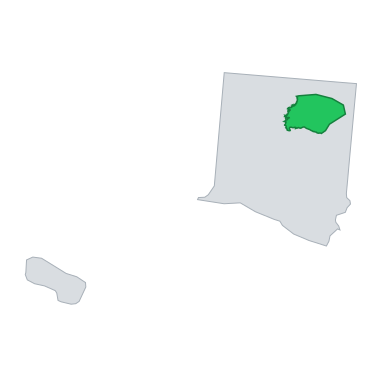 Aconibe, Wele-Nzás, Equatorial Guinea (highlighted), rotated 275°
{"feature_id": "11065452B89932418637458", "entity_name": "Aconibe", "entity_type": "district", "adm_level": 2, "iso_a3": "GNQ", "parent_name": "Equatorial Guinea", "parent_adm1": "Wele-Nzás", "projection": "equal_earth", "projection_center": [10.91, 1.339], "detail": "fine", "context": "in_parent", "style": "filled", "palette": "green", "viewbox_px": 384, "rotation_deg": 275, "n_neighbors": 0, "source": "geoboundaries", "source_scale": "gbopen_adm2", "svg_char_len": 5333}
<svg xmlns="http://www.w3.org/2000/svg" viewBox="0 0 384 384"><g transform="rotate(275 192 192)"><path d="M313.7,213.7L313.8,240.0L313.9,262.3L314.0,286.3L314.1,311.4L314.2,332.7L314.3,346.4L297.0,346.3L274.1,346.2L251.2,346.1L228.2,346.0L216.7,346.0L204.0,345.9L199.9,346.6L197.1,350.1L193.8,350.9L189.9,347.9L185.1,346.5L183.8,343.5L181.4,337.9L176.7,337.3L174.4,337.9L170.9,341.1L167.1,342.7L167.9,340.2L160.3,333.3L154.9,332.7L149.9,330.6L153.9,312.7L159.0,296.9L166.6,285.0L170.6,282.1L171.9,276.2L177.9,256.8L185.4,241.0L183.1,225.0L184.9,198.2L187.0,198.9L187.4,201.5L187.9,205.2L190.7,208.5L200.0,213.7L227.5,213.7L244.0,213.7L268.3,213.7L294.1,213.7L313.7,213.7ZM95.2,33.1L97.3,33.5L109.9,33.1L113.3,39.1L112.9,47.9L99.9,73.7L97.5,84.6L92.5,93.8L88.1,94.5L73.2,89.1L70.6,85.9L69.7,81.4L71.2,71.2L72.3,68.0L79.5,66.1L81.8,64.4L85.6,53.3L86.9,43.2L90.1,35.6L95.2,33.1Z" fill="#d9dde1" stroke="#a8b0b8" stroke-width="1"/><path d="M262.5,281.1L262.3,281.2L262.1,281.3L261.9,281.5L261.8,281.9L261.8,282.0L261.6,282.7L261.6,284.2L262.0,284.5L262.4,284.3L262.8,284.0L263.2,283.8L263.8,283.5L264.2,283.5L264.7,283.7L265.1,284.1L265.1,284.6L265.2,285.3L265.1,285.7L264.9,286.4L264.9,287.0L265.0,287.5L265.2,288.1L265.4,288.6L265.4,289.4L264.2,289.5L264.3,289.8L264.5,290.0L264.6,290.4L264.7,290.5L264.8,290.5L265.0,290.9L265.1,291.0L265.0,291.4L264.9,291.5L265.0,291.7L265.1,291.9L265.3,292.1L265.3,292.3L265.5,292.4L265.4,292.8L265.1,293.6L265.1,294.1L265.0,294.4L265.1,294.6L265.2,295.1L265.4,295.2L265.5,295.3L265.5,295.6L265.8,296.0L266.0,296.3L266.2,296.6L266.3,297.0L266.4,297.3L266.6,298.1L266.5,298.6L266.2,298.9L265.9,299.4L265.7,299.8L265.5,300.2L265.3,300.6L265.2,301.0L265.0,301.9L264.9,302.1L264.6,303.2L264.4,303.8L264.2,304.4L263.8,305.0L263.5,305.7L263.4,306.2L263.3,306.6L262.9,307.2L262.8,307.4L262.7,307.6L262.8,307.8L262.9,308.0L262.9,308.3L262.8,308.8L262.7,309.0L262.5,309.3L262.5,310.0L262.5,310.5L262.3,311.0L262.0,311.2L261.8,311.4L261.7,311.5L261.7,311.8L261.7,312.4L261.6,312.7L261.7,313.5L261.9,313.9L261.9,314.5L261.9,315.0L261.6,315.8L262.7,317.1L263.3,317.9L263.9,318.5L264.2,318.9L264.7,319.6L271.5,323.0L283.0,338.0L291.8,335.2L297.3,323.3L300.0,307.0L297.2,290.4L297.0,289.6L296.4,287.7L296.2,287.9L296.1,288.0L296.2,288.4L296.2,288.5L296.1,288.8L295.9,288.9L295.6,288.7L295.4,288.4L295.2,288.4L295.0,288.5L294.8,288.7L294.7,288.8L294.4,288.7L294.2,288.6L293.9,288.8L293.8,289.0L293.7,289.1L293.3,289.0L293.3,288.9L293.2,288.9L292.3,288.8L292.1,288.9L291.9,289.0L291.6,288.9L291.4,288.7L291.0,288.6L290.9,288.4L290.5,288.5L290.4,288.5L290.1,288.2L289.9,288.1L289.6,288.4L289.4,288.3L289.3,288.0L289.1,287.7L288.9,287.7L288.7,287.7L288.4,287.6L288.1,287.6L288.0,287.2L287.9,287.0L287.9,286.9L288.1,286.5L288.1,286.4L287.6,286.7L287.3,286.8L287.1,286.8L287.0,286.7L286.8,286.5L286.8,286.4L286.8,286.2L286.8,285.9L287.1,285.4L287.4,285.1L287.6,284.8L287.5,284.7L287.4,284.5L287.3,285.0L287.1,285.3L286.8,285.5L286.5,285.4L286.4,285.4L286.3,285.0L286.2,284.8L286.2,284.7L286.3,284.4L286.2,284.3L286.0,284.0L285.9,283.8L285.6,283.8L285.4,284.0L285.2,284.0L285.0,283.9L285.0,283.6L285.2,283.4L284.8,283.1L284.7,282.8L284.7,282.7L284.8,282.4L284.7,282.4L284.6,282.2L284.6,281.3L284.5,281.0L284.4,280.7L284.3,280.4L284.3,280.1L284.2,280.3L283.9,280.4L283.6,280.3L283.5,280.1L283.4,280.1L283.3,279.9L283.2,279.9L283.2,280.2L283.2,280.3L282.9,280.7L282.9,280.9L282.9,281.8L282.8,282.1L282.7,282.3L282.3,282.5L282.1,282.6L281.9,282.5L281.9,282.2L281.7,282.0L281.6,281.8L281.5,281.7L281.5,281.3L281.5,281.2L281.8,281.0L281.8,280.9L281.7,280.7L281.3,280.6L281.1,280.4L281.0,280.2L280.9,280.1L281.0,280.3L280.9,280.5L280.9,280.9L280.9,281.1L280.8,281.5L280.7,281.6L280.4,281.5L280.3,281.0L280.2,280.9L280.2,280.7L279.7,280.9L279.0,280.9L279.3,281.0L278.9,280.9L278.4,280.9L278.2,280.8L277.9,280.6L277.6,280.3L277.7,280.1L277.9,280.1L277.8,279.9L277.7,279.8L277.4,279.8L277.1,279.9L276.8,280.0L276.7,280.0L276.3,279.8L276.1,279.6L276.1,279.3L276.1,279.2L276.3,279.1L276.6,279.0L276.6,278.9L276.5,278.7L276.5,278.3L276.5,278.0L276.4,278.1L276.2,278.2L275.9,278.1L275.7,278.0L275.5,277.8L275.3,277.7L275.3,278.0L275.1,278.5L275.2,278.8L275.2,279.0L275.0,279.3L274.8,279.3L274.5,279.2L274.4,279.2L274.2,279.2L273.8,278.7L273.7,278.7L273.6,278.8L273.7,279.0L273.8,279.1L273.8,279.7L273.8,280.0L274.3,280.3L274.5,280.8L274.6,281.2L274.6,281.5L274.7,282.0L274.6,282.3L274.4,282.4L274.1,282.0L274.1,281.9L274.1,281.7L273.9,281.4L273.8,281.2L273.7,281.1L273.3,281.1L273.0,280.9L272.9,280.6L272.7,280.6L272.4,280.6L272.3,280.3L272.2,280.2L272.2,279.9L272.1,279.6L272.0,279.4L271.9,279.3L272.0,278.8L271.9,278.5L271.9,278.8L271.8,279.0L271.6,279.2L271.4,279.2L271.1,278.9L270.9,278.7L270.8,278.3L270.6,278.0L270.6,278.5L270.4,278.7L270.3,278.8L270.2,278.7L270.2,278.8L270.3,278.9L270.3,279.0L270.3,279.3L270.1,279.5L269.9,279.6L269.7,279.6L269.3,279.3L269.2,279.3L268.9,279.4L268.6,279.3L268.4,279.1L268.3,278.9L268.3,279.0L268.2,279.2L267.9,279.2L267.7,279.0L267.5,278.9L267.4,278.8L267.2,278.8L266.9,278.6L266.8,278.4L266.7,278.4L266.6,278.5L266.5,279.0L266.4,279.3L266.3,279.6L266.2,279.8L265.9,279.9L265.5,280.0L264.9,280.2L264.8,280.3L264.3,280.4L264.2,280.4L264.1,280.0L263.6,280.4L263.3,280.7L263.2,280.9L262.9,281.3L262.7,281.4L262.5,281.0L262.5,281.1Z" fill="#22c55e" stroke="#15803d" stroke-width="1.5"/></g></svg>